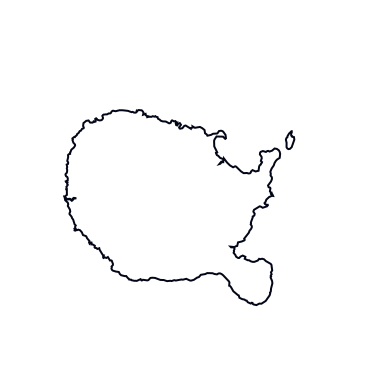 Vanua Lava, Torba, Vanuatu (Mercator projection), rotated 311°
{"feature_id": "77236927B4251587034950", "entity_name": "Vanua Lava", "entity_type": "district", "adm_level": 2, "iso_a3": "VUT", "parent_name": "Vanuatu", "parent_adm1": "Torba", "projection": "mercator", "projection_center": [167.507, -13.839], "detail": "fine", "context": "isolated", "style": "outline", "palette": "ink", "viewbox_px": 384, "rotation_deg": 311, "n_neighbors": 0, "source": "geoboundaries", "source_scale": "gbopen_adm2", "svg_char_len": 5992}
<svg xmlns="http://www.w3.org/2000/svg" viewBox="0 0 384 384"><g transform="rotate(311 192 192)"><path d="M107.7,99.5L104.8,98.8L104.8,102.8L106.3,103.7L106.9,104.7L107.1,106.9L109.0,106.4L110.0,106.6L111.4,108.8L110.0,107.7L109.7,107.0L107.4,107.3L106.5,107.0L106.5,104.7L104.3,102.5L104.3,99.5L102.6,101.7L102.5,105.2L101.6,106.6L100.0,107.4L98.7,111.3L97.3,113.0L95.6,113.5L94.9,114.2L94.4,117.3L93.6,118.6L93.2,120.4L90.6,124.6L90.5,126.2L89.1,126.6L88.3,127.5L87.2,127.3L87.0,127.7L87.4,128.2L86.0,128.6L86.2,129.2L87.7,129.6L87.7,130.2L89.0,130.9L89.7,132.6L89.3,135.4L88.0,138.0L89.1,140.8L89.1,141.5L88.3,143.0L87.7,146.8L86.4,147.4L85.8,148.7L87.6,148.9L87.9,149.3L86.6,150.5L87.1,150.8L87.7,153.9L86.3,154.8L86.2,155.3L87.0,156.8L86.9,157.9L88.7,158.9L87.8,160.2L86.2,165.1L85.9,166.2L86.3,167.0L84.8,167.4L84.2,168.1L84.2,168.6L85.4,168.9L86.0,170.6L87.7,171.2L86.5,175.1L87.3,175.8L87.5,176.5L85.8,179.6L85.0,180.2L83.0,180.2L82.7,180.8L81.3,181.5L80.7,182.9L80.8,184.0L82.1,186.9L83.6,189.2L82.8,191.3L82.7,193.1L84.5,196.6L85.4,197.5L84.9,200.5L85.1,201.2L84.7,201.9L85.9,203.7L85.7,204.1L87.2,206.8L88.8,208.7L92.5,210.4L92.1,211.7L92.3,212.2L93.6,212.6L95.9,216.2L96.9,216.9L99.8,217.0L101.2,218.2L102.9,220.5L104.9,225.8L107.0,228.4L108.4,231.7L110.7,233.8L111.4,235.0L113.9,236.5L114.5,237.8L119.0,241.4L119.8,242.6L122.7,244.6L123.9,248.6L124.6,249.5L126.9,251.0L130.7,252.0L132.3,253.0L135.3,253.0L138.7,255.8L140.8,256.7L144.1,260.7L144.9,262.8L146.2,264.9L147.8,265.4L148.9,266.4L149.5,268.1L149.6,270.2L148.8,278.4L148.3,279.6L145.7,281.5L146.0,282.1L145.8,283.8L144.2,288.3L144.3,294.3L144.6,295.1L143.3,297.2L144.1,300.2L145.3,302.3L145.3,303.6L145.9,304.5L145.4,306.4L146.3,309.4L147.1,309.9L147.5,309.7L148.0,310.4L147.4,311.4L147.5,312.2L148.9,314.8L151.9,316.0L153.3,317.7L158.1,319.1L164.9,318.4L166.7,317.6L167.2,316.9L168.5,316.8L171.0,315.0L175.8,312.6L177.4,310.8L179.0,307.5L180.2,307.1L180.2,306.5L181.0,306.1L182.1,306.1L183.2,304.3L185.4,304.0L189.1,299.8L189.4,298.5L188.3,293.0L188.5,290.6L187.7,288.8L186.0,287.5L185.6,286.5L183.4,286.6L180.2,284.9L179.1,283.7L178.2,281.7L178.0,280.0L177.0,278.7L176.2,275.6L178.1,274.8L177.3,272.0L175.1,271.0L173.2,270.9L172.5,270.2L172.1,267.8L172.9,266.1L173.4,263.3L174.6,262.9L175.1,262.1L176.9,261.5L177.5,260.4L176.9,258.9L175.9,257.8L176.0,256.9L178.4,260.3L179.7,260.6L180.9,261.5L184.2,259.8L187.4,262.1L190.0,263.3L190.6,263.0L191.0,262.0L198.5,261.6L200.7,260.8L202.9,260.8L204.6,260.3L205.5,259.5L206.1,257.5L206.9,257.3L207.7,256.4L212.7,254.5L213.3,253.9L214.9,254.4L215.5,254.3L216.8,253.5L217.3,251.5L217.7,251.0L219.3,250.5L225.6,252.5L226.1,253.5L226.5,255.7L230.4,258.0L231.9,257.9L232.0,257.6L230.9,257.0L231.3,256.5L230.8,255.1L231.2,254.0L232.6,254.0L235.1,253.1L238.8,253.5L241.5,254.8L242.2,255.8L243.0,254.1L242.3,253.0L242.5,252.7L243.1,253.2L243.8,252.4L243.4,251.6L243.6,250.4L246.3,248.7L246.5,248.1L245.9,246.7L246.8,245.1L251.9,244.7L254.3,243.8L255.5,242.6L256.0,240.5L257.6,239.4L258.2,238.4L258.8,237.8L262.0,236.7L265.6,236.3L268.0,235.3L270.3,234.9L272.2,234.9L275.3,235.8L278.6,233.5L279.8,231.9L280.4,230.2L280.2,227.8L279.0,225.8L275.7,225.3L273.4,224.0L273.1,222.7L272.4,222.0L270.7,221.5L269.4,218.6L267.3,217.5L266.1,217.7L264.9,218.6L264.2,221.4L263.2,222.5L260.6,223.6L260.5,225.3L260.1,225.5L258.7,225.5L257.9,225.9L256.5,225.6L255.2,226.0L251.7,228.3L249.2,226.5L248.2,223.3L246.1,223.1L245.2,223.6L244.0,223.4L243.0,222.4L242.4,221.0L240.1,218.6L239.7,215.3L240.1,208.7L239.7,207.7L237.6,206.8L237.0,203.2L237.2,199.3L238.2,194.3L237.3,195.1L236.1,195.0L235.0,196.0L234.0,194.9L231.8,194.8L231.0,194.3L234.1,194.2L235.3,195.3L237.2,194.4L237.3,193.8L236.2,190.9L236.5,188.2L236.2,186.5L236.6,185.6L237.5,185.1L236.6,184.0L238.5,184.9L241.0,178.9L245.1,175.1L246.6,174.5L250.0,174.1L254.1,179.1L253.9,182.2L254.8,182.4L257.1,179.8L258.0,175.9L257.9,175.0L257.3,173.7L256.3,172.9L255.7,172.4L253.3,172.7L252.5,172.5L249.8,169.7L247.6,168.9L244.6,166.7L245.1,165.4L244.9,163.3L247.0,160.8L246.9,157.8L246.3,155.3L242.4,152.1L241.9,149.4L241.2,150.3L239.6,149.2L239.0,149.6L238.0,143.6L236.8,142.8L233.8,142.9L232.0,141.5L231.8,140.9L232.3,139.9L235.5,139.6L236.0,137.6L234.0,136.7L232.7,137.3L232.3,136.7L232.1,136.2L232.8,135.1L234.6,135.0L234.0,134.2L234.5,134.0L234.6,132.9L233.5,132.1L233.0,130.0L231.7,129.9L230.5,130.5L229.3,130.1L228.8,129.6L228.0,126.0L226.1,123.6L225.3,121.6L225.4,120.1L225.0,118.1L225.9,116.9L225.2,115.6L225.2,114.6L224.3,114.3L223.4,112.6L222.3,112.2L220.9,110.6L220.7,109.7L219.9,109.7L219.1,109.1L219.9,108.1L219.6,106.8L220.5,105.7L218.2,104.4L220.1,103.4L220.7,101.1L220.6,100.4L218.8,97.9L217.2,97.3L216.3,98.3L216.6,97.2L215.6,97.7L214.9,97.4L213.8,96.0L213.6,94.7L212.6,94.0L211.2,90.4L208.1,85.9L206.2,83.7L202.8,81.3L201.5,79.0L200.0,78.5L198.7,78.9L197.8,78.8L196.5,77.5L195.1,77.1L192.4,74.5L191.7,74.3L190.6,74.4L189.7,76.0L189.0,76.6L187.4,76.7L186.6,76.4L185.3,75.2L184.2,72.7L184.7,72.4L184.7,71.3L183.7,71.0L181.9,73.0L180.9,72.4L180.7,71.4L179.6,71.6L179.1,71.4L177.6,69.6L178.1,67.0L176.3,65.5L172.8,64.9L170.4,66.5L169.6,68.1L169.0,68.4L167.5,67.6L165.4,67.9L164.2,67.3L162.1,67.7L160.4,67.3L159.2,67.8L157.2,67.4L156.6,67.6L156.2,67.0L154.0,66.6L153.4,67.7L152.8,67.7L151.4,70.1L151.1,72.5L150.4,73.3L148.2,73.7L144.7,73.2L142.5,74.1L141.9,74.0L140.8,75.0L139.6,74.2L138.5,74.2L137.2,75.6L133.6,77.5L133.1,79.1L132.3,79.7L131.8,80.0L130.5,79.4L128.9,81.5L127.7,82.0L126.9,83.2L125.5,84.3L124.4,84.9L122.8,84.8L122.0,85.2L121.3,86.6L121.5,88.0L120.9,89.2L119.2,90.6L117.2,89.7L116.9,90.2L117.5,91.8L116.2,92.3L116.0,93.4L115.5,93.7L113.5,93.8L112.5,95.2L111.6,95.1L111.4,95.5L111.8,95.9L107.7,99.5ZM302.6,228.1L303.3,227.4L303.1,227.2L299.8,226.9L296.6,227.5L296.0,228.0L294.5,227.9L293.0,228.6L291.2,231.1L287.9,233.9L287.4,235.3L287.6,236.6L288.8,237.6L291.3,237.8L298.6,234.9L300.3,233.0L299.7,232.1L299.9,231.2L299.4,230.9L299.8,229.7L300.9,228.7L302.6,228.1Z" fill="none" stroke="#020617" stroke-width="2"/></g></svg>